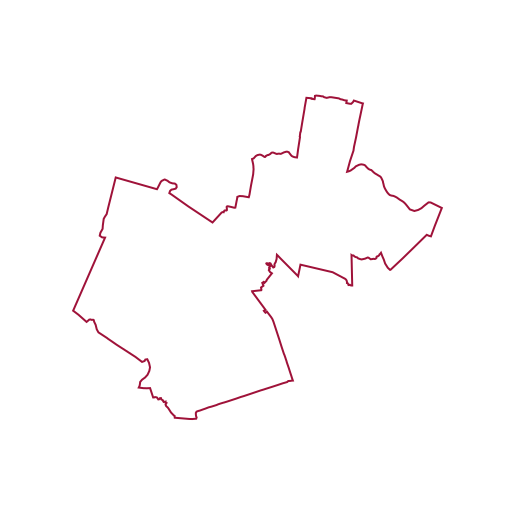 Lucieni, Dâmbovita, Romania (Mercator projection), rotated 336°
{"feature_id": "2599482B65138358361276", "entity_name": "Lucieni", "entity_type": "district", "adm_level": 2, "iso_a3": "ROU", "parent_name": "Romania", "parent_adm1": "Dâmbovita", "projection": "mercator", "projection_center": [25.413, 44.845], "detail": "fine", "context": "isolated", "style": "outline", "palette": "rose", "viewbox_px": 512, "rotation_deg": 336, "n_neighbors": 0, "source": "geoboundaries", "source_scale": "gbopen_adm2", "svg_char_len": 6096}
<svg xmlns="http://www.w3.org/2000/svg" viewBox="0 0 512 512"><g transform="rotate(336 256 256)"><path d="M415.7,160.1L414.8,159.4L409.2,154.3L408.6,153.8L407.8,154.5L406.8,155.0L404.9,155.7L403.4,154.9L401.4,153.5L400.7,153.0L402.1,150.9L400.1,149.7L398.5,148.2L396.9,147.1L395.8,145.7L389.6,141.7L388.0,140.9L384.9,140.3L382.8,138.6L382.1,137.4L380.9,136.8L379.2,135.6L376.2,133.9L375.0,133.7L374.4,134.8L373.5,136.4L373.3,136.6L370.7,135.0L370.9,134.5L366.4,132.0L363.4,136.4L360.5,140.7L360.4,141.0L352.1,153.5L347.4,160.7L347.2,160.7L347.0,160.8L346.8,161.0L346.2,162.0L344.9,164.2L344.6,164.5L344.6,165.2L337.9,175.6L335.4,179.7L334.4,181.3L333.5,182.7L331.4,181.4L330.4,180.5L329.4,179.3L329.1,178.6L328.9,177.8L328.3,175.4L328.2,174.6L327.5,173.9L326.8,173.3L325.9,173.0L323.7,172.7L320.5,172.8L319.8,172.6L318.8,171.9L317.7,171.5L316.6,171.3L316.1,170.9L315.7,170.5L313.9,168.6L312.9,168.1L312.4,168.0L311.8,168.1L311.3,168.3L310.5,168.6L308.4,168.8L307.7,168.5L305.8,168.6L305.5,168.9L304.5,169.2L304.0,168.9L303.6,168.2L302.6,166.7L301.6,165.5L300.7,164.9L299.8,164.7L298.3,164.4L296.4,164.6L293.5,165.9L291.8,165.8L291.6,166.5L291.5,167.2L290.8,170.7L290.1,173.1L289.8,173.7L289.1,175.7L288.0,177.7L286.7,180.1L285.2,182.3L280.1,189.6L278.9,191.4L277.7,193.2L275.2,197.0L274.2,198.3L273.5,199.2L273.3,199.4L268.3,196.0L265.3,194.5L263.0,194.4L262.2,195.7L261.3,197.0L260.9,197.5L260.7,197.8L256.8,203.4L256.1,203.2L255.7,203.0L253.0,200.9L251.1,199.5L250.3,199.0L249.7,198.9L249.4,199.0L249.1,199.3L248.6,201.0L248.1,202.2L247.9,202.3L247.5,202.4L247.0,202.2L246.6,201.9L246.1,201.7L245.6,201.7L245.3,201.9L244.3,202.8L244.0,202.4L242.3,202.3L229.9,207.7L214.3,183.1L203.8,165.4L202.4,163.3L203.2,162.4L204.1,161.5L205.8,161.0L207.6,161.4L210.0,161.8L211.5,160.9L211.9,159.8L212.2,158.5L211.3,156.8L209.3,155.7L207.4,154.0L206.7,153.1L205.8,151.3L204.9,150.3L203.8,149.0L202.7,148.9L201.6,149.0L200.8,149.0L199.9,149.2L199.5,149.4L199.0,149.7L198.2,150.3L196.5,151.7L193.8,153.9L192.7,154.7L159.8,127.2L141.1,151.1L136.6,157.0L134.0,158.6L132.0,160.1L128.6,165.6L126.9,168.8L123.3,171.5L121.5,173.9L123.0,176.4L125.6,177.8L66.7,231.6L69.9,237.4L74.4,247.3L75.9,246.9L77.8,246.3L78.9,246.6L79.9,247.5L81.3,248.0L81.7,248.5L81.4,250.4L81.5,253.7L80.7,258.2L81.0,261.7L83.9,266.2L86.6,270.4L87.1,271.4L92.6,280.4L104.8,299.1L108.8,306.4L111.5,306.6L112.8,305.6L114.7,306.1L114.8,310.2L113.9,314.6L111.8,317.6L108.6,320.4L105.2,321.9L103.3,322.3L101.5,322.7L100.3,323.3L98.9,324.0L98.0,325.6L96.9,327.2L95.4,328.5L99.3,330.9L102.4,332.4L105.5,333.6L104.5,343.4L105.4,343.8L106.3,343.8L107.2,344.3L108.1,345.2L108.2,346.3L108.4,347.3L109.4,347.5L110.5,346.8L111.4,347.2L111.2,348.5L112.3,350.1L112.1,350.8L112.3,351.8L113.2,351.9L114.1,352.2L113.7,352.7L113.6,353.1L114.4,353.9L112.9,355.0L112.9,356.7L113.7,358.4L114.0,359.6L114.7,364.4L116.1,368.3L116.6,368.9L116.0,370.7L128.7,377.7L131.4,379.0L135.2,380.3L135.5,379.9L136.0,379.5L136.1,379.1L136.1,378.0L136.5,376.6L137.2,374.9L138.4,374.0L140.4,374.1L141.3,374.3L142.2,374.4L145.1,374.6L147.3,374.8L151.2,375.0L154.1,375.5L159.3,376.1L160.4,376.1L161.1,376.1L163.2,376.3L166.4,376.7L167.5,376.9L168.5,377.0L170.1,377.2L179.7,378.2L182.2,378.4L184.8,378.6L187.7,379.0L194.9,379.7L205.7,380.7L208.7,381.1L210.7,381.3L217.8,382.1L223.6,382.7L226.8,383.0L228.8,383.2L230.9,383.5L232.3,383.7L233.2,383.8L233.5,383.8L233.9,383.5L234.3,383.4L234.8,383.4L235.1,383.5L236.3,384.0L237.0,384.2L237.5,384.3L238.0,384.4L239.0,384.8L239.3,381.6L239.5,380.0L239.7,377.9L239.9,376.0L240.1,374.1L240.2,373.2L240.3,372.4L240.4,371.5L240.8,366.8L240.9,365.7L241.1,364.5L241.2,363.4L241.3,362.3L241.5,360.5L241.6,359.2L241.7,358.2L241.7,357.0L241.7,356.7L242.4,349.7L243.3,341.8L244.4,331.2L245.2,323.4L245.3,321.3L245.3,320.1L245.0,318.1L243.4,311.4L241.6,311.7L241.2,310.5L240.9,309.3L242.2,309.1L242.8,309.1L238.0,287.4L238.1,286.6L246.9,289.4L247.2,289.1L247.6,287.6L247.8,286.8L250.3,286.3L250.7,286.2L250.8,283.1L252.5,282.8L252.8,284.0L255.5,282.9L256.2,282.1L263.5,278.3L262.3,276.3L262.0,274.3L262.4,274.2L262.6,274.0L262.6,273.4L263.4,273.2L263.2,272.1L264.8,271.2L264.5,270.5L263.8,269.7L263.4,269.3L262.6,268.2L262.4,267.5L262.4,267.0L262.6,266.9L263.1,267.1L263.6,267.4L263.9,268.1L264.5,268.7L264.7,268.8L265.4,268.0L266.2,268.6L266.3,269.3L266.4,270.6L266.7,272.0L266.9,272.8L267.1,273.5L268.2,273.5L269.0,272.6L269.2,271.6L270.1,270.5L271.3,269.8L273.6,267.1L274.4,265.6L275.6,263.4L276.1,264.6L277.3,268.0L285.9,290.7L286.0,290.8L286.2,291.6L293.1,282.0L319.3,301.9L319.2,301.7L328.2,313.2L328.6,314.1L328.8,315.2L328.7,315.9L328.5,316.9L328.1,317.7L328.7,318.2L328.8,319.2L328.7,320.2L329.2,320.4L329.7,320.3L330.1,320.5L330.4,321.2L331.4,321.9L331.9,322.1L343.6,294.1L343.7,294.3L345.3,295.2L345.8,296.5L346.6,297.5L347.8,298.4L348.3,299.7L349.9,301.2L351.1,302.1L354.6,302.8L357.4,302.8L358.1,303.3L358.8,304.5L359.4,305.6L361.0,306.1L362.1,306.3L362.7,306.7L363.4,307.1L364.3,307.1L365.2,306.8L365.8,305.8L366.5,305.6L367.2,305.8L368.3,305.6L369.1,305.2L369.6,304.7L370.2,304.6L371.0,304.2L371.5,303.9L371.3,308.0L371.3,311.2L370.9,315.4L371.6,320.3L372.8,323.2L373.3,323.3L389.1,317.8L420.6,306.1L422.0,307.7L423.8,309.2L431.6,301.2L445.3,287.7L437.3,278.1L435.4,277.2L430.2,278.5L426.6,279.6L422.9,279.9L419.0,279.3L415.5,276.0L414.2,270.9L413.6,268.8L412.7,266.6L411.6,264.9L410.3,263.1L409.2,261.2L408.4,259.8L407.2,258.3L406.0,257.0L404.3,255.9L403.0,254.7L402.4,253.4L402.1,252.4L401.8,251.4L401.5,249.5L401.3,247.6L401.2,245.9L401.3,244.2L401.6,242.7L401.8,241.8L401.9,240.8L402.2,239.8L402.3,238.9L402.3,237.3L402.2,235.1L401.8,233.9L400.5,232.1L399.5,230.6L398.4,229.1L397.8,228.0L397.3,226.9L396.9,225.8L396.3,224.4L395.4,223.7L394.6,222.8L394.1,222.1L393.7,221.1L393.1,219.6L392.7,218.1L392.2,217.1L391.3,216.3L389.7,215.2L388.8,214.9L387.2,214.6L383.6,214.7L381.7,215.5L378.6,216.1L377.2,216.4L375.5,216.4L373.5,216.1L374.0,215.5L380.5,207.5L387.9,199.4L389.9,196.2L395.6,188.4L402.1,179.0L402.8,178.1L403.0,177.7L406.4,172.9L407.8,171.0L415.6,160.2L415.7,160.1Z" fill="none" stroke="#9f1239" stroke-width="2"/></g></svg>